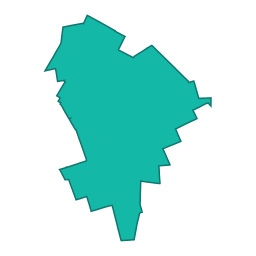 Ianca, Braila, Romania
{"feature_id": "2599482B90302220331569", "entity_name": "Ianca", "entity_type": "district", "adm_level": 2, "iso_a3": "ROU", "parent_name": "Romania", "parent_adm1": "Braila", "projection": "mercator", "projection_center": [27.484, 45.119], "detail": "fine", "context": "isolated", "style": "filled", "palette": "teal", "viewbox_px": 256, "rotation_deg": 0, "n_neighbors": 0, "source": "geoboundaries", "source_scale": "gbopen_adm2", "svg_char_len": 3406}
<svg xmlns="http://www.w3.org/2000/svg" viewBox="0 0 256 256"><path d="M151.5,45.5L148.4,47.4L146.9,48.3L146.8,48.5L146.5,48.4L146.0,48.9L145.9,49.0L140.9,52.3L139.4,53.1L136.0,55.3L134.6,56.1L134.2,56.5L133.3,57.7L132.1,57.0L128.8,55.3L123.4,52.6L123.3,52.4L121.2,51.4L118.2,49.9L118.3,49.9L121.8,42.9L122.6,41.2L124.9,36.6L125.0,36.5L119.9,33.8L118.1,32.8L117.7,32.7L115.0,31.1L115.2,30.8L115.1,30.7L112.4,29.3L110.2,28.0L107.6,26.5L105.0,25.1L102.4,23.6L99.7,22.1L97.3,20.8L94.8,19.4L92.3,18.1L89.8,16.7L87.2,15.4L83.5,23.6L83.2,23.3L83.2,23.2L83.0,23.3L74.8,24.8L72.6,25.2L67.0,26.3L63.0,27.1L62.8,28.4L62.5,30.9L62.2,33.2L61.9,35.5L61.6,38.4L61.3,40.6L60.9,43.4L60.7,43.7L59.7,45.6L58.1,48.4L56.9,50.4L55.5,52.8L54.3,55.0L53.2,56.9L51.6,59.6L50.1,62.1L48.9,64.2L46.5,68.3L45.3,70.3L45.0,70.9L46.2,70.6L48.5,70.1L50.7,69.6L52.9,69.1L55.5,68.6L55.9,70.8L56.3,73.1L56.9,77.0L57.3,79.5L57.6,81.4L60.3,81.0L62.2,80.7L64.4,80.4L64.3,80.6L64.1,81.0L65.2,81.6L64.0,83.6L62.9,85.5L60.8,88.9L59.1,91.8L58.0,93.8L56.7,95.8L59.8,97.6L60.1,97.8L59.1,99.8L58.9,99.9L58.7,100.3L58.3,100.9L58.2,101.3L60.1,102.5L60.7,102.8L60.1,104.1L60.6,104.5L61.4,105.3L64.8,111.6L68.2,117.5L69.0,118.7L70.3,118.4L69.4,119.4L69.7,119.9L71.7,123.4L75.4,129.6L75.9,129.5L76.8,132.2L77.5,134.0L78.3,136.3L78.9,138.2L79.7,140.3L80.4,142.3L81.1,144.2L81.8,146.2L82.7,148.7L83.3,150.5L84.0,152.5L85.2,156.1L85.9,158.0L86.5,160.0L86.3,160.9L85.9,161.0L84.0,161.7L82.1,162.3L79.3,163.2L77.0,164.0L67.6,167.1L67.2,167.1L67.3,167.2L66.3,167.5L64.7,168.0L59.6,169.5L59.8,169.7L61.4,172.6L62.3,174.5L63.3,176.3L64.2,178.1L65.1,179.8L68.7,179.5L69.0,180.3L69.7,182.3L70.4,184.4L71.4,186.9L72.4,189.6L73.0,191.4L73.8,193.5L76.1,199.8L80.6,198.5L86.7,196.5L86.8,196.5L87.8,199.9L89.1,204.0L91.0,210.6L91.1,210.9L91.2,211.0L91.2,211.3L91.5,211.2L92.2,211.0L93.4,210.6L94.0,210.5L96.7,209.7L97.3,209.5L97.5,209.4L101.1,208.3L104.9,207.1L107.9,206.3L108.1,206.2L109.9,205.8L112.1,205.4L113.2,209.3L114.9,216.2L115.1,217.0L116.6,222.8L117.4,226.0L117.5,226.7L118.1,228.9L118.1,229.0L118.4,230.2L119.7,235.1L120.7,239.0L121.0,240.0L121.2,240.6L122.8,240.5L129.2,240.1L131.2,240.0L131.4,239.9L133.2,239.8L134.1,239.8L134.5,237.6L135.3,233.4L136.3,228.1L136.3,227.9L136.4,227.2L136.5,226.9L136.5,226.6L137.6,221.5L137.8,220.5L138.5,218.1L138.7,216.9L139.0,215.8L139.6,213.3L140.7,212.5L142.1,212.3L141.7,210.4L140.9,207.6L140.8,207.3L140.3,205.6L140.1,204.8L140.1,203.2L140.2,200.9L140.2,199.2L140.3,197.0L140.3,195.5L140.4,192.9L140.4,191.0L140.5,189.2L140.5,187.3L140.6,185.1L140.7,183.1L140.7,181.1L140.8,181.1L144.9,181.7L147.8,182.1L154.0,182.9L157.0,183.3L158.2,183.4L159.9,183.6L160.0,183.5L159.9,181.9L159.7,179.9L159.6,177.7L159.5,177.3L159.3,173.8L159.2,170.6L158.9,166.3L158.9,165.8L162.5,165.5L164.8,165.4L166.6,165.2L167.1,165.2L169.4,165.0L170.0,164.9L164.2,151.7L162.8,148.7L163.0,148.7L166.1,147.4L170.0,145.8L174.0,144.2L179.3,142.0L180.9,141.3L178.5,135.9L175.6,129.0L181.3,126.1L186.0,123.8L190.6,121.6L194.3,119.9L197.0,118.6L192.9,110.2L201.5,106.0L201.7,105.7L206.1,103.6L208.1,102.9L210.9,106.0L211.0,97.9L198.7,98.4L198.7,98.1L194.4,82.9L193.9,81.6L193.7,81.0L188.8,82.5L188.4,81.4L187.1,80.1L185.3,78.3L185.0,78.1L181.8,74.9L179.6,72.7L177.1,70.3L175.1,68.2L172.0,65.2L170.4,63.6L169.9,63.1L167.9,61.2L161.0,54.4L158.1,51.6L155.9,49.4L152.1,45.6L151.8,45.6L151.5,45.5Z" fill="#14b8a6" stroke="#0f766e" stroke-width="1.5"/></svg>